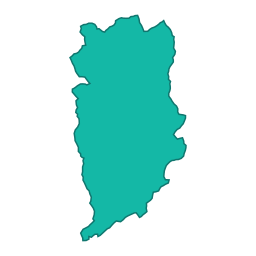 outline of Silveiras, São Paulo, Brazil
{"feature_id": "56859067B66153015253412", "entity_name": "Silveiras", "entity_type": "district", "adm_level": 2, "iso_a3": "BRA", "parent_name": "Brazil", "parent_adm1": "São Paulo", "projection": "natural_earth1", "projection_center": [-44.843, -22.748], "detail": "fine", "context": "isolated", "style": "filled", "palette": "teal", "viewbox_px": 256, "rotation_deg": 0, "n_neighbors": 0, "source": "geoboundaries", "source_scale": "gbopen_adm2", "svg_char_len": 2911}
<svg xmlns="http://www.w3.org/2000/svg" viewBox="0 0 256 256"><path d="M141.5,25.5L139.6,22.6L139.0,19.0L137.6,15.4L135.1,15.6L133.3,16.4L130.9,16.6L129.0,18.2L126.4,18.3L123.4,18.2L121.4,17.8L119.0,18.6L115.6,20.7L115.4,23.1L113.9,25.1L112.0,26.2L109.8,26.9L107.8,29.0L105.9,30.4L104.7,32.1L102.5,31.5L99.0,28.7L97.0,29.0L96.5,26.8L94.8,24.4L92.0,23.2L88.8,23.2L86.2,24.4L83.7,24.6L80.6,26.3L81.3,28.6L80.1,32.0L82.4,34.8L84.8,36.7L84.6,39.3L85.0,41.9L85.7,45.2L82.4,45.8L81.8,48.3L80.0,50.1L78.6,52.1L76.5,53.4L74.0,53.9L72.2,55.9L70.0,57.6L71.1,59.8L72.5,63.3L74.1,66.0L75.0,68.8L75.6,71.2L76.7,73.1L79.3,76.7L82.0,76.7L84.9,77.1L86.4,79.2L88.2,81.6L89.9,83.5L86.9,84.9L85.2,84.1L82.8,83.9L80.4,84.0L77.4,85.8L75.8,87.1L74.1,88.3L72.4,89.1L72.3,92.0L74.0,94.0L76.0,96.4L78.2,98.6L76.0,100.8L76.4,104.9L77.6,107.6L76.2,109.9L75.8,112.5L77.6,114.1L77.2,116.4L78.9,118.4L79.2,120.5L79.3,123.6L77.7,127.0L75.3,129.9L74.2,133.4L74.9,137.9L75.1,140.7L76.7,143.7L78.4,147.3L78.4,151.5L80.6,153.8L80.7,156.0L82.1,157.4L83.9,158.1L83.0,160.7L83.7,163.7L82.6,166.9L82.6,169.5L82.6,171.9L81.9,174.7L83.2,177.0L83.0,180.1L84.4,182.7L86.0,186.3L87.1,188.8L89.1,190.8L89.9,193.9L91.3,197.1L90.8,201.2L89.8,203.1L91.7,205.7L93.3,208.1L94.5,211.2L94.2,214.8L92.9,218.9L94.3,220.7L92.4,222.6L90.0,224.8L88.5,226.5L85.5,228.1L83.1,229.3L80.7,233.1L81.6,235.5L82.7,237.9L82.9,240.6L86.1,240.5L88.9,239.1L88.9,236.5L91.4,237.2L93.3,235.5L94.9,234.3L97.6,234.2L98.0,236.5L100.2,235.3L102.6,233.1L105.4,230.5L107.4,228.7L109.6,227.8L112.2,224.8L114.2,222.7L116.3,221.0L118.3,221.4L120.6,221.7L123.2,219.7L125.3,217.4L127.8,215.9L130.4,214.7L134.4,212.9L136.2,212.8L138.1,215.3L139.5,217.4L141.3,216.5L142.9,214.8L144.8,213.4L146.9,211.6L146.2,208.2L146.6,205.9L146.4,203.2L150.5,200.2L152.1,198.3L152.7,194.7L153.3,192.2L155.8,191.8L158.6,190.9L159.9,188.3L161.2,186.6L163.2,185.7L165.4,184.3L168.3,183.0L169.1,179.9L165.4,179.7L163.8,176.6L164.0,173.7L164.4,170.6L165.2,168.3L166.3,165.5L167.8,163.8L169.8,161.8L171.9,160.5L174.0,160.3L175.9,159.6L178.4,159.5L181.2,158.4L183.6,156.1L184.1,153.6L185.3,150.5L185.9,147.8L186.0,145.4L183.9,143.6L183.7,141.0L182.5,137.8L179.7,138.4L177.4,139.1L175.7,137.3L173.5,134.6L175.1,131.8L177.1,129.5L179.8,128.0L181.4,125.8L183.2,123.8L184.4,121.0L185.5,118.1L185.5,115.6L183.2,114.9L179.0,114.3L177.7,112.1L177.8,108.8L176.5,106.1L174.0,103.9L171.9,100.9L170.9,99.0L168.8,96.2L168.7,93.4L169.8,90.8L170.3,88.4L170.2,86.2L169.8,83.8L170.5,81.4L168.5,79.4L168.7,76.5L167.8,73.8L168.6,71.5L168.9,69.0L170.0,66.6L171.7,64.3L173.3,62.0L173.3,59.8L172.6,57.7L174.8,54.4L175.4,51.3L173.6,48.1L174.0,44.6L174.2,42.1L173.7,39.4L174.1,36.7L172.3,35.6L171.6,32.5L170.3,29.6L168.3,27.2L166.3,25.6L164.8,23.1L163.7,20.6L162.0,22.0L160.3,22.7L158.9,24.1L157.0,25.6L154.5,27.1L151.7,28.1L149.6,29.5L147.7,31.3L143.9,31.4L142.6,28.0L141.5,25.5Z" fill="#14b8a6" stroke="#0f766e" stroke-width="1.5"/></svg>